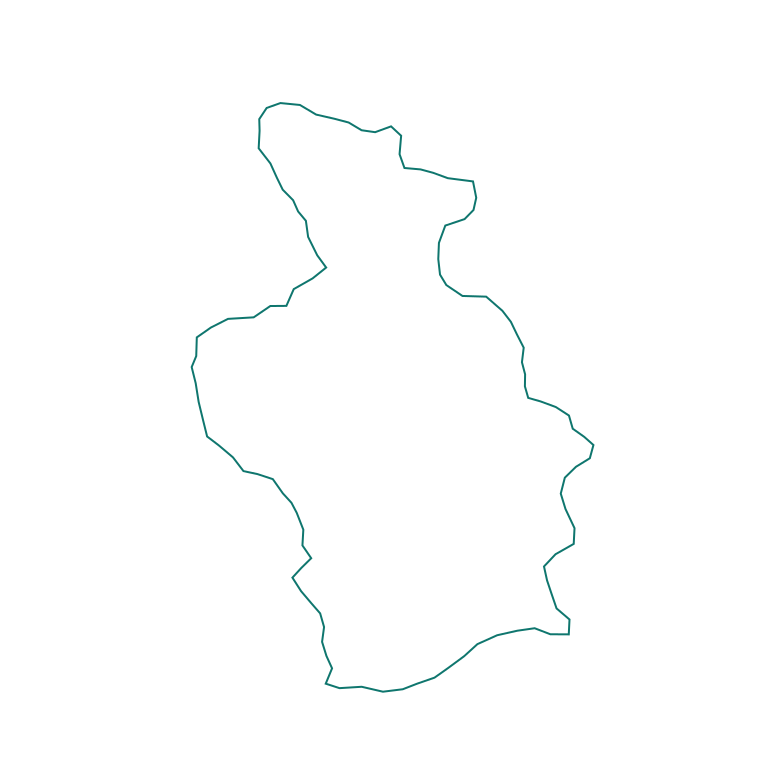 the district of Cajuri, Minas Gerais, Brazil, rotated 254°
{"feature_id": "56859067B26738784286925", "entity_name": "Cajuri", "entity_type": "district", "adm_level": 2, "iso_a3": "BRA", "parent_name": "Brazil", "parent_adm1": "Minas Gerais", "projection": "natural_earth1", "projection_center": [-42.758, -20.786], "detail": "fine", "context": "isolated", "style": "outline", "palette": "teal", "viewbox_px": 768, "rotation_deg": 254, "n_neighbors": 0, "source": "geoboundaries", "source_scale": "gbopen_adm2", "svg_char_len": 1538}
<svg xmlns="http://www.w3.org/2000/svg" viewBox="0 0 768 768"><g transform="rotate(254 384 384)"><path d="M554.2,525.4L564.3,502.0L573.5,489.4L580.2,478.3L586.0,463.2L600.6,462.3L617.9,468.9L629.7,461.8L628.5,444.9L634.1,432.4L645.1,422.1L652.6,409.5L661.7,393.0L675.4,380.1L682.6,361.9L681.7,347.3L673.0,337.1L661.7,334.2L645.1,328.5L627.3,335.6L611.7,337.9L598.7,340.2L585.7,347.3L573.5,349.0L562.4,353.9L546.3,351.6L526.1,355.3L511.9,360.5L505.2,344.5L500.1,323.4L486.0,311.7L490.3,296.2L484.0,277.1L489.6,252.0L486.0,233.2L480.4,216.9L462.6,211.2L453.3,203.8L436.7,203.2L417.9,200.9L398.9,200.1L382.3,199.5L370.5,208.3L355.1,218.6L339.0,224.9L332.3,237.5L323.2,250.9L306.8,256.6L295.3,262.3L284.2,264.6L266.2,266.3L251.3,261.1L236.6,266.0L229.9,253.7L223.1,242.6L207.7,247.2L193.3,253.7L181.1,259.4L166.9,259.4L153.2,253.4L138.5,253.7L125.0,255.7L112.0,245.4L103.9,257.4L99.1,279.1L88.5,298.2L85.4,317.9L86.8,333.3L87.8,351.6L93.3,367.3L100.3,386.1L108.2,402.1L111.3,423.5L110.1,444.1L107.7,461.5L97.6,474.9L92.4,492.6L106.5,497.4L120.7,488.0L136.6,487.2L150.3,486.6L164.5,487.5L173.1,502.0L178.0,522.3L192.9,527.4L213.8,524.0L229.9,523.7L244.1,532.0L251.5,545.7L255.9,561.4L267.6,568.5L278.0,561.9L289.0,553.1L302.7,553.1L314.5,542.8L324.1,529.7L330.9,518.8L342.9,518.8L354.4,522.3L366.9,522.6L380.4,528.3L395.3,525.4L408.8,523.1L421.7,518.0L439.8,506.3L447.0,483.7L461.9,471.2L473.7,468.0L489.1,470.6L504.5,475.7L519.4,486.6L520.3,506.9L526.6,518.0L537.6,524.0L554.2,525.4Z" fill="none" stroke="#0f766e" stroke-width="2"/></g></svg>